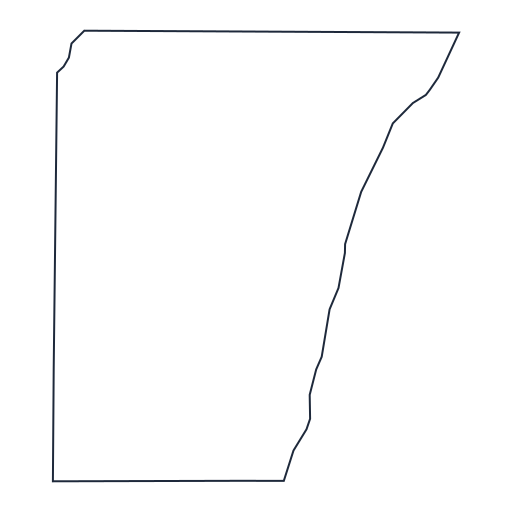 Kewaunee, Wisconsin, United States of America (Robinson projection)
{"feature_id": "52423323B32886155683341", "entity_name": "Kewaunee", "entity_type": "district", "adm_level": 2, "iso_a3": "USA", "parent_name": "United States of America", "parent_adm1": "Wisconsin", "projection": "robinson", "projection_center": [-87.557, 44.502], "detail": "fine", "context": "isolated", "style": "outline", "palette": "slate", "viewbox_px": 512, "rotation_deg": 0, "n_neighbors": 0, "source": "geoboundaries", "source_scale": "gbopen_adm2", "svg_char_len": 445}
<svg xmlns="http://www.w3.org/2000/svg" viewBox="0 0 512 512"><path d="M57.1,72.6L53.7,368.8L52.9,481.3L242.0,480.8L283.8,480.9L293.5,450.5L306.5,429.3L310.1,418.8L309.7,394.8L316.2,369.4L321.7,356.8L329.6,309.3L338.5,288.0L344.9,253.0L345.1,244.1L361.2,191.8L383.0,147.6L392.8,123.4L412.9,103.0L425.9,94.9L429.8,89.8L438.2,77.6L459.1,32.6L84.3,30.7L71.5,43.5L68.9,57.6L63.6,66.6L57.1,72.6Z" fill="none" stroke="#1e293b" stroke-width="2"/></svg>